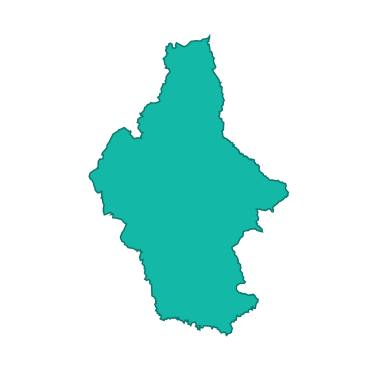 the district of Aguililla, Michoacán, Mexico, rotated 338°
{"feature_id": "50627088B97864813450570", "entity_name": "Aguililla", "entity_type": "district", "adm_level": 2, "iso_a3": "MEX", "parent_name": "Mexico", "parent_adm1": "Michoacán", "projection": "albers", "projection_center": [-102.767, 18.779], "detail": "fine", "context": "isolated", "style": "filled", "palette": "teal", "viewbox_px": 384, "rotation_deg": 338, "n_neighbors": 0, "source": "geoboundaries", "source_scale": "gbopen_adm2", "svg_char_len": 6091}
<svg xmlns="http://www.w3.org/2000/svg" viewBox="0 0 384 384"><g transform="rotate(338 192 192)"><path d="M281.8,219.0L280.0,218.3L279.3,216.6L278.1,216.6L276.5,214.6L276.5,213.8L273.1,212.6L270.6,210.7L269.0,210.4L268.1,209.7L267.5,207.2L266.6,206.3L266.3,204.8L265.4,204.7L264.4,203.2L264.7,201.6L262.5,198.4L263.0,195.1L264.0,193.8L263.3,191.2L262.5,191.5L261.2,189.5L261.7,188.8L260.8,187.3L261.8,185.8L260.8,184.6L259.9,184.2L259.0,184.6L258.8,183.4L257.9,183.6L258.0,183.1L256.9,182.6L256.5,180.2L255.1,179.2L255.2,178.7L253.5,178.7L253.5,176.3L252.8,176.3L252.4,174.7L251.0,174.9L251.1,174.0L250.3,173.5L251.2,172.2L250.6,171.2L250.8,170.3L250.0,169.6L249.7,168.0L247.9,166.0L248.2,165.1L247.2,164.8L248.6,164.0L247.8,163.2L248.0,161.5L246.1,160.2L246.2,158.9L244.9,157.9L244.9,157.0L244.1,156.8L244.1,155.7L243.4,154.9L241.8,154.0L242.2,153.5L241.4,152.2L242.6,147.8L242.3,146.7L244.3,146.2L247.4,139.6L246.2,137.9L246.9,135.1L245.8,134.8L245.2,132.0L246.9,130.4L247.3,127.9L248.2,128.2L250.8,127.4L251.8,123.6L253.6,122.7L255.1,119.8L256.1,119.3L256.1,115.2L256.4,113.9L257.2,113.3L257.0,110.3L259.1,106.2L258.6,104.9L257.9,105.1L257.6,104.3L258.6,101.9L259.7,101.3L258.7,100.5L259.0,98.1L256.9,88.1L256.9,85.9L259.0,86.2L260.8,85.1L260.7,79.6L261.5,77.2L262.8,76.5L261.7,73.7L262.5,71.9L262.7,69.4L261.4,68.8L263.2,61.5L261.9,61.1L262.7,58.3L264.0,58.7L264.5,56.9L265.4,56.5L266.6,54.1L264.8,55.2L262.6,55.3L258.9,54.4L257.1,55.3L254.5,54.5L253.5,53.6L247.4,52.0L242.7,54.1L240.4,54.5L238.7,54.0L233.4,47.9L231.6,49.8L231.5,51.9L230.5,52.3L227.9,51.1L228.8,47.4L227.9,46.1L226.2,46.0L224.8,47.7L222.3,47.8L222.5,49.3L221.0,50.1L220.5,51.5L221.4,54.4L220.0,54.7L219.1,56.4L215.3,57.6L215.5,59.8L214.7,63.7L215.4,64.6L215.5,65.6L214.9,66.5L214.0,66.5L213.8,67.0L216.6,69.0L216.6,72.4L213.4,73.9L210.9,75.9L210.5,77.8L208.6,79.1L208.8,80.8L207.8,81.8L205.7,80.8L204.5,82.7L202.1,84.6L201.0,88.7L198.9,89.0L198.1,90.8L195.7,91.4L196.5,94.5L196.0,95.9L191.9,95.9L189.0,95.0L187.3,93.7L186.0,94.6L183.3,94.4L181.3,95.9L179.8,95.9L178.1,98.5L176.1,99.2L175.3,100.1L173.3,99.6L173.2,101.8L174.5,102.0L174.9,103.7L171.7,103.6L169.1,104.2L168.3,106.2L167.4,106.8L168.9,109.0L168.6,109.8L166.6,111.3L165.9,113.0L166.9,115.6L166.7,116.8L168.7,118.5L167.3,119.2L166.9,120.0L165.2,121.3L165.5,123.0L164.4,123.2L163.0,121.7L161.4,121.8L160.9,121.1L159.0,121.2L158.3,120.5L157.2,119.1L157.4,118.1L156.1,115.2L158.0,113.4L157.8,112.4L156.0,112.3L155.7,110.8L154.6,109.9L154.2,108.2L153.1,106.8L148.5,107.3L147.7,106.8L146.2,107.8L140.5,108.8L134.3,114.4L131.0,116.6L129.6,119.2L123.9,122.0L122.4,123.7L123.6,124.3L122.2,127.6L121.1,127.9L118.9,126.9L116.6,128.5L114.2,133.8L113.4,134.1L113.7,134.8L110.3,135.0L104.7,136.3L102.6,138.9L102.5,141.5L103.7,143.5L104.0,146.7L103.4,150.3L103.9,151.6L103.0,153.3L103.7,156.3L104.6,157.8L108.6,157.5L108.5,158.3L107.8,158.4L107.3,159.4L107.6,160.7L106.9,161.2L106.8,162.3L107.2,163.1L105.5,163.5L106.5,165.6L105.5,167.5L105.5,171.5L103.6,174.0L103.6,175.3L102.8,175.7L102.2,180.3L108.7,180.4L109.8,182.2L108.5,182.6L110.7,183.4L108.9,186.2L111.9,187.7L116.4,191.1L117.5,195.0L119.3,197.1L114.2,202.2L111.3,203.9L110.9,205.0L109.3,206.1L108.5,208.0L108.6,211.5L110.7,213.6L109.9,215.3L111.3,217.0L111.8,219.5L116.8,222.5L118.1,224.6L119.0,224.8L119.0,226.4L120.7,225.8L121.2,226.7L122.3,226.4L122.0,228.0L122.8,228.1L123.3,229.0L122.1,229.1L119.0,232.8L118.6,236.1L121.2,236.4L119.0,239.6L120.2,242.9L119.0,245.3L119.5,246.0L119.1,247.1L117.6,249.4L118.4,253.0L115.5,255.1L116.9,256.9L119.1,256.9L119.8,258.8L118.7,260.6L119.7,263.1L116.0,273.3L117.6,275.2L118.1,278.4L117.6,280.2L117.2,280.0L117.0,280.6L117.2,281.7L115.5,282.1L115.4,285.2L115.9,285.5L115.9,286.7L113.8,288.4L115.3,289.7L114.5,290.9L115.0,292.4L116.2,292.6L115.5,294.0L117.2,294.8L116.1,297.3L115.2,297.3L115.1,297.9L118.0,300.6L119.4,299.4L120.7,300.6L122.8,299.5L124.1,301.5L126.2,301.0L127.2,302.1L129.1,301.8L130.0,303.7L131.1,303.0L132.2,303.2L132.5,303.9L130.9,304.4L130.8,305.0L132.6,305.5L133.3,307.0L134.7,307.5L135.5,310.6L137.8,308.3L138.7,310.4L140.3,309.4L140.3,310.6L138.8,312.9L140.2,313.8L140.8,315.4L142.9,313.2L146.3,313.9L146.3,316.4L144.9,318.0L145.9,319.2L147.6,318.4L149.1,318.5L149.5,319.0L148.0,320.5L146.2,320.5L145.8,321.3L147.6,322.8L148.2,321.2L149.4,321.0L151.0,321.9L153.0,320.4L158.8,323.3L159.5,324.7L159.2,325.6L159.5,326.3L161.7,324.8L162.8,326.3L164.7,327.3L164.2,328.6L165.1,329.3L166.3,333.5L169.7,334.2L170.5,335.8L170.1,337.3L170.4,338.0L171.9,336.8L173.8,337.1L176.1,336.7L176.5,335.5L178.3,333.6L178.0,328.4L179.3,328.1L180.6,326.9L182.1,328.2L183.6,326.6L184.3,327.3L185.1,327.2L187.1,323.4L187.8,323.4L188.3,324.8L190.3,325.5L191.8,324.2L194.3,324.3L196.1,323.3L199.4,324.5L199.8,322.9L201.0,322.4L202.6,322.6L203.8,323.9L204.5,322.9L203.9,321.6L204.9,321.0L206.2,323.2L207.1,323.6L208.7,320.8L210.3,319.1L211.8,318.5L212.9,316.8L213.1,316.3L212.5,316.0L211.5,313.3L211.5,311.5L210.7,310.1L210.0,309.6L209.4,310.1L208.9,309.7L208.4,310.0L207.8,309.1L205.8,309.0L202.7,305.8L200.3,305.3L200.1,304.2L197.9,302.8L196.6,299.7L197.1,297.5L198.4,295.5L201.8,294.7L206.5,296.1L207.7,295.4L206.6,292.4L207.9,290.6L207.3,288.3L208.3,286.6L207.8,284.5L207.2,284.0L207.7,281.8L208.7,281.0L209.6,277.7L209.3,276.5L208.1,275.1L208.1,274.6L208.7,274.5L208.4,273.4L209.2,272.9L209.4,271.1L208.9,267.6L207.9,266.0L209.1,263.9L208.9,262.7L208.0,262.5L208.1,258.6L208.6,258.0L214.9,257.0L219.4,252.9L222.7,252.0L224.8,248.1L226.7,247.8L229.7,248.8L232.5,248.2L235.5,249.5L236.3,249.2L237.9,251.9L242.4,255.3L242.9,252.5L242.3,252.1L242.2,250.5L241.4,249.9L241.4,249.0L240.1,247.6L240.0,246.7L240.8,245.7L240.2,245.1L240.6,243.2L242.9,242.7L243.7,241.4L244.0,237.5L245.5,235.2L245.3,232.0L249.0,233.7L250.4,235.2L252.3,235.7L252.8,236.7L257.9,236.4L258.7,240.2L259.8,240.7L260.8,239.0L260.6,237.8L261.4,236.2L266.9,234.7L269.2,233.4L270.1,233.7L274.3,232.8L276.3,231.7L277.1,231.6L277.6,232.2L278.5,231.0L279.2,231.4L279.8,231.0L280.0,229.7L281.2,228.6L279.9,224.9L280.6,222.3L281.6,221.6L281.8,219.0Z" fill="#14b8a6" stroke="#0f766e" stroke-width="1.5"/></g></svg>